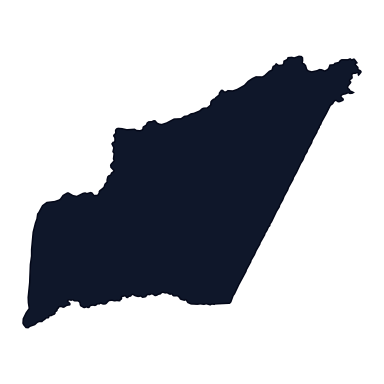 Chahal, Alta Verapaz, Guatemala (orthographic projection)
{"feature_id": "79465075B23943610665473", "entity_name": "Chahal", "entity_type": "district", "adm_level": 2, "iso_a3": "GTM", "parent_name": "Guatemala", "parent_adm1": "Alta Verapaz", "projection": "orthographic", "projection_center": [-89.573, 15.738], "detail": "fine", "context": "isolated", "style": "filled", "palette": "ink", "viewbox_px": 384, "rotation_deg": 0, "n_neighbors": 0, "source": "geoboundaries", "source_scale": "gbopen_adm2", "svg_char_len": 5869}
<svg xmlns="http://www.w3.org/2000/svg" viewBox="0 0 384 384"><path d="M215.1,303.9L229.6,303.2L230.8,301.9L233.1,295.5L234.4,293.8L238.7,284.7L245.9,271.4L246.4,269.6L250.6,262.0L251.1,260.1L254.4,254.6L256.1,250.5L259.8,244.1L260.1,242.7L264.6,234.8L264.9,233.4L266.9,230.3L268.4,226.9L269.7,225.7L270.0,223.9L271.5,221.7L276.5,211.2L279.2,206.9L279.7,204.9L282.6,200.0L284.0,196.3L287.6,190.0L288.5,187.3L292.9,179.5L293.4,177.5L296.3,172.6L300.6,163.5L302.9,159.9L304.8,155.1L307.0,151.8L307.7,149.4L311.5,142.9L312.3,140.1L316.7,132.4L317.3,130.4L319.2,127.3L319.3,126.1L320.6,124.5L321.6,121.8L326.3,113.4L330.2,105.5L330.6,105.1L331.5,104.5L332.2,104.0L332.9,103.3L333.4,102.2L334.7,100.6L335.5,100.4L336.1,100.4L336.8,100.8L337.4,101.1L338.0,101.6L338.8,101.7L339.7,101.6L342.2,100.6L343.0,100.1L343.2,99.6L343.0,98.9L342.4,98.3L341.8,97.9L341.4,97.5L341.0,96.7L340.9,96.2L341.2,95.4L341.9,94.9L342.5,94.5L343.1,94.3L345.4,93.8L347.3,93.0L347.9,92.8L348.8,92.8L349.6,93.3L350.1,93.4L352.2,93.2L353.4,92.5L352.7,92.1L350.1,91.0L349.6,90.3L349.3,89.5L348.6,89.0L348.0,88.6L347.7,88.1L347.7,86.8L348.0,85.8L350.3,83.0L350.7,82.1L350.1,81.5L349.7,80.9L349.6,80.2L349.9,79.6L351.5,78.5L352.0,78.0L352.1,77.2L351.8,75.7L351.8,75.0L352.0,74.2L352.7,73.5L353.9,73.3L355.5,73.2L356.7,72.7L357.3,72.6L358.0,72.7L358.4,73.5L358.3,74.4L358.5,75.0L359.0,74.6L360.7,72.5L361.0,71.9L360.8,71.3L360.3,70.8L359.5,70.3L358.7,70.1L358.0,69.5L357.9,69.0L357.8,67.4L357.5,67.0L356.8,66.5L356.3,65.8L355.8,65.2L355.2,64.7L355.3,64.1L355.7,63.4L356.2,63.1L356.9,62.8L354.3,59.3L353.4,59.2L351.9,60.1L350.1,58.9L347.9,59.8L341.8,59.8L340.3,60.6L338.9,62.5L334.9,63.4L333.8,64.8L330.0,65.1L328.8,68.3L327.6,69.6L324.8,71.1L321.6,69.8L319.5,69.6L317.3,70.7L311.7,71.9L308.3,71.0L306.7,69.6L305.5,65.6L304.1,64.0L302.5,63.3L302.2,62.5L302.6,60.8L302.5,57.8L301.4,56.6L299.0,56.3L294.2,58.0L291.7,57.4L288.1,57.7L287.3,59.5L284.0,61.2L283.8,63.5L282.8,65.0L281.6,65.2L278.7,65.5L277.5,64.8L276.2,63.9L275.0,65.6L273.2,66.5L272.0,70.2L269.4,71.3L264.7,75.7L262.4,77.0L256.0,76.9L252.4,78.6L248.3,81.3L244.5,85.4L237.2,89.5L232.8,91.0L227.9,90.7L226.2,91.9L224.4,92.1L222.5,90.4L221.4,90.4L219.5,93.0L219.2,95.0L215.7,97.8L214.9,99.0L213.5,99.3L211.9,100.6L211.0,101.8L210.7,105.1L207.1,108.1L203.9,108.2L202.3,108.7L199.7,111.0L193.9,113.4L191.0,113.9L187.6,116.0L184.4,116.4L181.1,118.8L174.1,119.1L166.7,123.0L161.7,124.6L159.4,124.2L157.2,123.3L154.9,120.8L153.4,120.9L152.0,121.7L148.7,121.9L147.3,122.9L146.3,125.2L143.6,126.8L143.2,127.2L143.0,128.9L142.1,130.1L139.9,130.8L136.4,130.5L134.5,129.3L126.8,129.8L121.9,128.7L118.2,128.4L117.0,128.7L116.0,129.6L115.6,130.6L115.8,133.3L113.8,135.3L113.9,136.2L114.9,137.6L115.0,140.2L114.6,142.2L113.2,142.3L112.0,143.9L113.9,147.7L113.0,151.7L114.2,153.3L113.5,158.9L114.3,160.7L111.2,164.2L110.7,165.2L111.0,167.3L114.0,170.5L113.9,171.4L111.6,173.0L110.7,175.2L108.9,175.8L107.8,176.9L107.1,180.0L107.2,182.0L105.1,184.1L104.0,187.4L99.7,190.9L99.2,192.0L99.4,192.8L97.7,195.4L93.9,195.6L91.9,193.0L90.6,192.6L86.9,193.7L85.1,193.0L83.1,193.4L76.8,196.5L72.8,195.6L68.3,193.0L67.4,193.0L63.1,195.5L60.5,199.2L59.1,200.1L54.7,201.6L46.9,202.5L42.6,205.7L38.8,212.7L37.7,214.0L37.0,218.9L35.5,223.0L33.2,232.2L31.6,249.6L31.6,256.1L30.4,264.5L29.7,282.6L28.2,297.3L28.4,302.7L29.3,308.5L26.3,312.7L23.3,318.8L23.0,323.2L23.7,324.7L26.0,327.5L28.1,327.7L29.8,326.3L34.7,324.6L37.2,322.3L39.0,321.5L41.9,321.5L43.0,320.4L44.7,319.3L46.0,318.0L46.9,317.8L47.5,317.8L48.3,317.7L48.7,317.1L48.8,316.5L49.2,315.7L50.0,315.6L51.0,315.6L53.0,314.6L53.6,314.4L54.3,314.1L54.9,313.4L55.0,312.7L55.0,312.0L55.7,311.3L56.3,311.1L56.9,310.5L57.0,309.8L57.2,309.1L57.5,308.6L58.0,308.3L58.4,307.8L58.6,307.2L59.3,306.7L60.1,306.5L60.8,306.5L61.7,306.5L62.3,306.9L63.1,307.1L63.9,307.1L64.5,306.7L65.9,305.8L66.6,305.4L67.4,305.2L68.5,305.0L69.2,305.0L69.8,304.7L69.9,304.2L69.8,303.5L69.1,302.8L68.6,302.3L68.1,301.9L67.5,301.3L67.7,300.6L68.4,300.0L69.0,299.8L69.9,299.8L70.6,300.1L71.2,300.2L72.1,299.8L72.9,299.8L73.4,300.1L74.2,300.7L75.0,300.8L77.6,300.8L78.4,301.0L79.3,301.7L79.8,302.2L80.1,303.2L80.2,303.9L80.4,305.0L80.8,305.7L81.3,306.1L82.1,306.4L82.5,306.7L83.7,307.4L84.5,307.5L85.1,307.3L85.8,307.0L86.3,306.8L86.8,306.9L87.4,307.3L88.2,307.5L89.0,307.3L89.6,306.6L90.1,305.6L90.8,305.3L91.6,305.3L92.4,305.1L93.2,305.1L94.9,305.4L95.8,305.1L96.3,304.7L96.8,304.2L97.6,303.8L98.4,303.8L99.2,303.9L99.8,303.4L100.3,303.2L101.0,303.1L101.8,303.4L102.2,303.7L103.0,303.9L103.6,304.0L105.1,303.9L106.1,303.4L108.2,301.1L109.0,300.6L109.8,300.4L112.1,300.2L113.5,300.6L114.9,300.8L115.4,300.7L116.3,300.5L117.1,300.5L118.7,300.7L119.7,300.7L120.1,299.9L120.6,299.5L121.2,299.1L121.5,298.6L121.4,298.1L121.4,297.5L121.6,296.8L121.9,296.4L122.8,296.3L123.9,296.0L124.6,295.8L125.3,295.7L126.1,296.5L126.5,297.2L127.1,297.5L127.8,297.4L128.2,296.7L128.9,296.2L129.9,296.2L130.7,295.9L131.2,295.2L131.9,294.5L132.8,294.3L133.7,294.7L134.1,295.1L135.1,295.6L136.3,296.0L137.9,296.4L138.5,296.4L139.3,296.3L139.9,296.0L140.5,296.0L141.3,296.3L142.5,297.2L143.3,297.1L144.0,297.0L144.6,296.9L145.6,296.6L146.5,295.4L147.0,294.8L147.5,294.5L148.4,294.4L149.1,294.6L149.6,294.6L151.1,293.9L152.1,293.8L152.6,294.0L153.3,294.3L154.8,295.4L155.7,295.5L156.2,295.3L156.9,295.1L158.2,294.3L159.5,294.0L160.0,294.0L160.9,293.3L161.2,292.9L161.7,292.5L162.2,292.3L163.1,292.3L163.7,292.4L164.4,292.7L165.5,292.9L166.4,292.7L167.4,292.8L168.5,293.4L169.2,293.9L169.9,294.1L170.6,294.1L171.2,293.9L172.0,294.0L172.6,294.7L173.0,295.4L173.8,295.8L174.4,295.8L177.0,295.7L177.9,296.0L178.5,296.4L179.1,297.0L180.0,298.2L180.4,298.9L181.1,299.3L184.3,300.2L185.1,299.6L186.5,300.3L187.9,302.5L191.1,303.9L197.5,304.2L200.4,303.8L203.9,304.3L206.3,303.7L210.2,304.8L211.7,304.0L214.4,304.3L215.1,303.9Z" fill="#0f172a" stroke="#020617" stroke-width="1.5"/></svg>